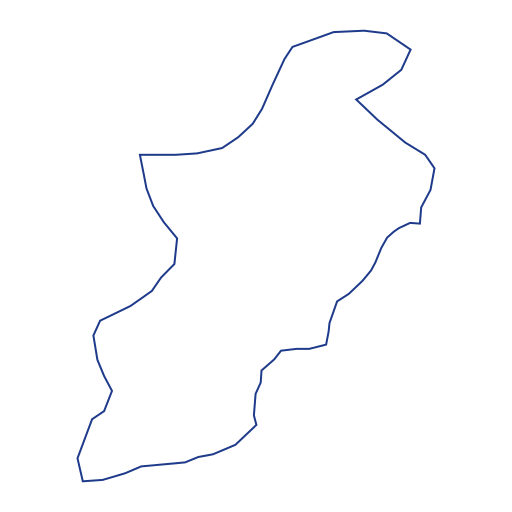 the district of Sotira Ammochostou, Famagusta, Cyprus
{"feature_id": "46923920B54851998924598", "entity_name": "Sotira Ammochostou", "entity_type": "district", "adm_level": 2, "iso_a3": "CYP", "parent_name": "Cyprus", "parent_adm1": "Famagusta", "projection": "natural_earth1", "projection_center": [33.936, 35.008], "detail": "fine", "context": "isolated", "style": "outline", "palette": "blue", "viewbox_px": 512, "rotation_deg": 0, "n_neighbors": 0, "source": "geoboundaries", "source_scale": "gbopen_adm2", "svg_char_len": 975}
<svg xmlns="http://www.w3.org/2000/svg" viewBox="0 0 512 512"><path d="M410.6,49.6L386.7,33.4L364.2,30.7L333.6,32.1L292.5,46.9L284.5,59.0L272.6,84.7L262.0,108.9L252.7,123.8L238.1,137.3L222.2,148.0L197.0,153.4L175.7,154.8L139.9,154.8L143.9,175.0L146.5,188.5L153.2,206.0L163.8,222.2L177.1,238.4L174.4,264.0L161.1,277.5L151.8,291.0L130.6,305.9L100.1,320.7L93.4,335.5L97.4,359.8L104.1,376.0L112.0,390.9L104.1,411.1L92.1,419.2L77.5,458.3L82.8,481.3L102.7,479.9L125.3,473.2L141.2,466.4L185.0,462.4L198.3,457.0L212.9,454.3L235.4,444.8L256.4,424.9L253.9,415.4L255.6,393.8L260.7,382.6L261.5,370.5L274.3,359.3L281.0,350.7L296.3,348.9L309.1,348.9L326.1,344.6L328.6,331.7L329.5,323.0L337.1,301.4L349.0,293.7L362.6,280.7L371.1,270.4L375.3,262.6L381.3,247.9L387.2,237.5L394.0,231.5L399.1,228.0L410.1,222.9L419.9,223.6L421.2,207.4L430.5,189.9L434.5,168.3L425.2,154.8L405.3,142.6L377.4,119.7L356.2,99.5L382.7,84.7L401.3,69.8L410.6,49.6Z" fill="none" stroke="#1e3a8a" stroke-width="2"/></svg>